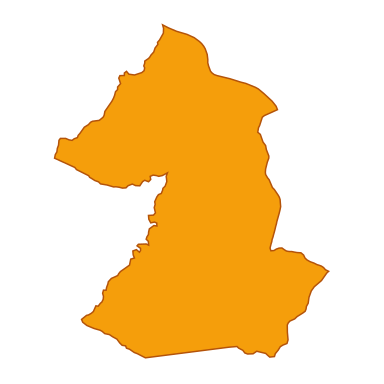 the district of Paranaiguara, Goiás, Brazil, rotated 271°
{"feature_id": "56859067B61489046930449", "entity_name": "Paranaiguara", "entity_type": "district", "adm_level": 2, "iso_a3": "BRA", "parent_name": "Brazil", "parent_adm1": "Goiás", "projection": "mercator", "projection_center": [-50.615, -18.805], "detail": "fine", "context": "isolated", "style": "filled", "palette": "amber", "viewbox_px": 384, "rotation_deg": 271, "n_neighbors": 0, "source": "geoboundaries", "source_scale": "gbopen_adm2", "svg_char_len": 3500}
<svg xmlns="http://www.w3.org/2000/svg" viewBox="0 0 384 384"><g transform="rotate(271 192 192)"><path d="M358.6,159.7L355.1,160.7L350.3,160.6L343.4,156.9L341.0,154.9L339.0,155.3L335.4,152.6L331.3,151.3L328.2,148.6L326.4,147.6L324.8,146.3L322.1,142.5L320.0,142.5L317.2,141.6L315.3,142.5L312.5,142.0L310.5,139.7L308.0,132.5L308.7,126.8L311.5,124.4L309.8,122.3L307.3,122.3L307.1,117.9L304.6,116.8L299.1,118.7L295.7,115.8L293.1,115.8L291.0,113.8L287.2,112.9L284.5,111.9L281.3,110.3L271.1,103.5L267.1,102.8L265.2,101.8L262.0,98.0L261.0,91.3L260.0,89.4L257.5,87.2L254.9,83.2L248.6,78.9L246.6,77.2L244.4,76.5L243.2,73.3L241.5,71.2L242.0,68.1L243.4,64.7L243.3,59.5L241.4,58.1L236.4,57.7L233.3,56.6L229.7,56.2L227.1,54.7L223.4,54.0L214.5,74.4L212.4,76.1L206.5,88.4L204.9,89.4L203.4,92.0L201.8,94.6L200.5,98.4L198.5,100.4L197.5,107.0L195.7,113.5L195.9,115.9L195.5,119.0L194.7,122.4L195.0,125.9L197.2,128.0L198.9,132.2L197.4,135.5L197.3,139.7L201.5,142.4L202.9,144.5L201.5,148.4L203.8,150.5L206.9,149.9L208.2,152.8L207.8,156.1L207.1,158.5L207.9,162.0L209.0,164.0L210.7,167.1L207.1,165.9L204.8,166.3L201.9,166.6L197.3,165.0L195.2,162.9L193.0,162.5L190.0,161.3L188.8,158.5L186.4,156.9L181.6,154.9L179.0,155.4L175.8,154.5L170.5,155.8L168.2,153.9L167.8,148.9L164.0,149.3L160.4,151.3L161.3,155.0L160.3,157.3L157.4,157.5L157.8,154.5L154.4,150.0L151.2,149.3L148.8,149.2L146.3,147.7L144.0,147.0L141.9,149.2L138.1,149.6L139.2,147.2L139.0,143.3L138.8,139.3L137.2,138.0L134.8,141.5L132.6,141.6L130.9,140.5L133.4,137.4L132.0,133.9L128.1,134.3L125.0,135.6L123.8,131.9L120.5,131.3L117.8,130.8L114.9,126.9L111.2,121.8L109.0,120.1L107.2,119.2L105.9,116.6L104.2,112.9L100.8,109.9L98.6,109.5L95.2,108.3L92.3,107.8L92.3,105.2L89.2,104.4L86.2,105.3L83.2,105.1L80.4,103.8L79.1,102.3L76.2,100.2L76.5,97.9L73.9,96.8L70.8,95.5L69.0,93.5L67.3,90.7L66.8,88.7L62.7,83.8L59.9,85.0L56.7,89.2L53.8,96.5L52.2,102.5L51.1,104.6L48.9,107.2L48.0,111.9L45.9,115.1L43.6,119.5L39.8,122.4L37.5,124.8L37.0,128.3L34.7,129.2L33.7,132.3L30.5,137.1L29.4,140.2L27.3,144.4L25.4,148.3L37.5,231.8L38.3,239.7L36.7,241.4L34.6,245.6L32.0,247.6L31.0,250.4L31.3,255.9L33.9,259.5L31.9,268.5L29.9,270.7L28.3,272.6L28.9,277.3L31.8,278.1L35.5,281.0L38.9,283.0L40.6,285.7L42.2,289.6L45.8,290.6L53.6,289.8L60.7,289.6L62.9,290.6L64.7,292.2L66.9,296.9L69.3,299.3L73.0,305.0L74.7,307.2L77.0,308.1L79.6,308.4L82.8,310.1L88.7,310.8L95.2,313.0L99.4,315.9L105.7,323.0L113.4,328.2L115.1,330.0L116.6,326.8L118.8,324.8L120.2,322.6L120.9,320.6L121.6,318.2L123.1,315.1L124.3,311.5L126.0,308.3L128.0,306.1L130.9,304.7L133.1,302.0L133.3,298.0L133.7,295.4L134.2,292.8L134.2,290.1L134.6,287.5L135.9,285.3L137.6,282.9L137.4,280.0L136.4,277.3L134.9,275.0L134.6,271.9L137.3,271.0L141.6,272.0L143.6,272.6L145.8,272.9L148.6,273.8L150.8,274.3L153.8,275.1L156.8,275.8L159.2,276.3L161.8,277.0L163.7,277.3L172.1,279.5L175.6,280.3L178.9,280.9L182.9,280.5L186.0,280.2L188.3,279.4L190.2,278.3L195.9,274.3L197.9,272.3L205.6,268.9L207.5,267.3L210.8,265.3L212.9,265.0L216.3,265.2L223.2,266.8L227.2,268.2L229.3,268.2L235.7,265.6L239.7,264.8L243.2,262.1L250.8,259.3L252.9,256.7L257.5,257.4L259.5,258.4L268.0,261.0L269.7,263.1L275.8,276.0L279.2,274.6L284.2,270.5L291.7,262.1L296.2,256.5L297.8,253.5L301.5,243.9L302.7,238.8L305.9,228.0L308.8,215.1L309.8,212.1L311.5,209.8L313.1,208.4L318.2,206.4L321.5,205.5L324.6,205.5L329.8,204.8L335.4,202.7L337.9,201.2L340.6,199.0L342.6,196.8L346.3,191.6L349.5,184.3L352.4,173.8L355.7,165.6L358.6,159.7Z" fill="#f59e0b" stroke="#b45309" stroke-width="1.5"/></g></svg>